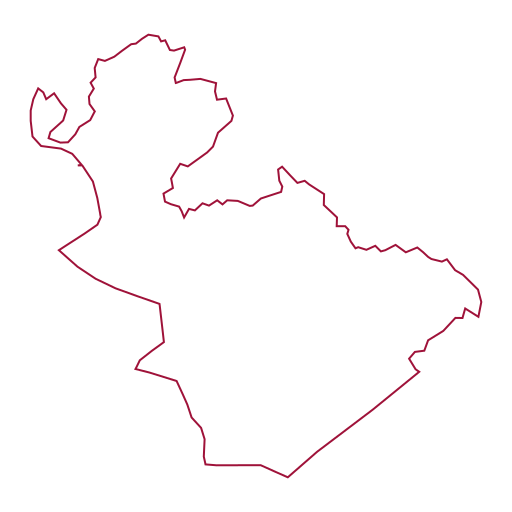 outline of Quardu Boundi, Lofa, Liberia
{"feature_id": "62588387B13670701840793", "entity_name": "Quardu Boundi", "entity_type": "district", "adm_level": 2, "iso_a3": "LBR", "parent_name": "Liberia", "parent_adm1": "Lofa", "projection": "orthographic", "projection_center": [-9.634, 8.375], "detail": "fine", "context": "isolated", "style": "outline", "palette": "rose", "viewbox_px": 512, "rotation_deg": 0, "n_neighbors": 0, "source": "geoboundaries", "source_scale": "gbopen_adm2", "svg_char_len": 2388}
<svg xmlns="http://www.w3.org/2000/svg" viewBox="0 0 512 512"><path d="M419.2,371.8L415.6,369.3L409.1,358.7L409.5,358.2L414.9,351.9L424.3,350.7L428.1,340.3L443.3,330.9L455.4,317.9L462.5,318.0L464.1,312.3L465.2,308.5L478.4,316.8L481.3,302.0L478.0,289.6L463.1,274.9L455.1,270.2L446.9,259.3L441.9,261.6L431.4,259.0L428.1,256.9L423.1,252.2L417.3,247.5L405.8,252.3L395.6,244.9L393.8,245.8L385.3,250.2L380.9,251.4L375.3,245.8L366.4,249.8L358.2,247.2L355.5,248.3L350.8,241.6L347.3,233.9L348.5,229.8L345.2,226.2L336.7,226.2L337.0,217.4L331.7,212.4L323.8,205.0L324.1,194.1L309.1,184.4L304.7,180.8L297.4,182.9L290.0,175.2L282.1,166.7L278.1,169.5L279.3,180.7L282.3,186.6L281.1,191.9L269.1,195.8L260.9,198.5L252.7,205.6L249.7,205.9L238.8,201.3L237.7,200.9L227.2,200.3L222.5,204.4L217.2,200.3L209.0,205.6L202.5,203.3L194.9,210.4L189.0,208.9L184.1,217.5L183.2,215.2L181.7,211.3L179.1,206.6L170.9,204.2L165.0,201.6L163.5,193.6L172.9,188.0L171.7,181.5L171.1,178.5L180.2,163.8L187.8,166.4L196.0,160.5L207.1,152.5L209.7,149.9L213.0,146.6L218.0,132.7L231.4,120.9L232.9,115.6L226.1,98.5L217.0,99.7L215.0,91.4L216.1,83.1L200.4,78.9L189.9,79.8L183.7,80.1L176.3,82.9L175.8,83.0L174.6,77.4L175.5,75.2L180.2,63.0L185.1,49.7L184.2,47.3L174.0,50.6L169.9,50.0L165.2,40.3L161.1,41.4L158.4,36.4L148.4,34.7L142.0,38.8L135.9,43.6L131.2,44.2L128.4,46.2L121.6,51.1L114.3,56.7L104.9,60.9L98.2,59.1L94.7,68.0L95.4,75.5L95.6,77.4L90.6,82.7L93.8,88.6L88.9,96.6L89.5,104.0L94.8,111.4L93.8,113.2L90.2,120.1L79.4,126.9L75.3,134.3L68.0,142.3L60.4,142.6L48.6,138.2L49.0,136.8L50.4,132.0L62.5,121.1L63.2,120.4L66.5,109.8L60.9,103.3L54.1,93.3L46.2,99.2L43.3,92.4L38.2,88.4L33.3,99.2L30.7,110.5L30.7,120.9L32.5,136.5L35.2,139.5L36.4,140.8L41.1,146.0L61.0,148.6L72.2,153.8L73.0,154.7L81.7,164.9L77.8,165.4L82.1,165.4L82.6,165.9L92.9,181.5L93.3,183.0L96.5,195.0L97.3,198.0L100.1,213.3L100.2,214.0L100.3,214.8L100.8,217.1L97.4,224.7L84.4,233.7L81.9,235.3L64.1,246.8L60.3,249.3L58.9,250.2L77.5,266.7L95.7,278.8L115.5,288.3L137.1,296.1L159.5,303.9L159.7,305.3L162.6,330.5L163.9,342.1L151.9,350.8L139.8,360.3L136.7,366.7L135.5,369.0L149.3,372.5L176.6,381.0L182.8,394.4L187.3,404.5L187.9,406.3L188.9,409.3L191.6,417.5L201.1,427.9L204.6,439.2L203.8,456.6L205.1,462.5L205.5,464.4L216.7,465.3L248.6,465.2L260.7,465.2L275.8,472.0L287.8,477.3L315.7,453.0L317.2,451.7L372.8,409.6L419.2,371.8Z" fill="none" stroke="#9f1239" stroke-width="2"/></svg>